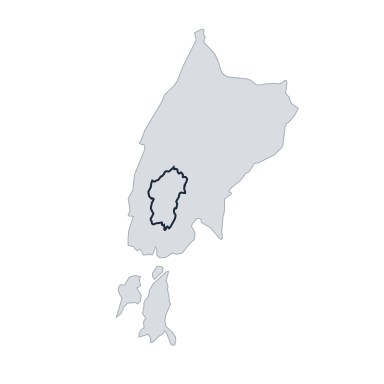 where Rapla sits in Estonia, rotated 292°
{"feature_id": "EST-2348", "entity_name": "Rapla", "entity_type": "County", "adm_level": 1, "iso_a3": "EST", "parent_name": "Estonia", "parent_adm1": "", "projection": "natural_earth1", "projection_center": [24.741, 58.948], "detail": "fine", "context": "in_parent", "style": "outline", "palette": "slate", "viewbox_px": 384, "rotation_deg": 292, "n_neighbors": 0, "source": "natural_earth", "source_scale": "10m", "svg_char_len": 4437}
<svg xmlns="http://www.w3.org/2000/svg" viewBox="0 0 384 384"><g transform="rotate(292 192 192)"><path d="M309.6,259.0L308.4,259.2L301.4,258.4L293.7,255.8L290.3,253.8L287.1,253.9L283.1,255.1L268.8,258.8L265.3,258.0L257.1,254.3L253.0,250.4L243.7,242.5L243.0,240.7L241.8,239.2L232.0,237.2L228.3,234.4L225.3,233.9L220.9,232.5L209.4,226.3L206.6,225.8L205.9,226.8L206.1,228.3L205.4,229.1L203.9,229.1L201.2,226.8L198.1,224.8L188.2,228.6L184.6,229.6L181.4,229.8L165.7,234.7L160.9,237.4L158.9,237.1L159.4,234.6L166.0,222.1L167.2,212.2L169.6,210.8L170.3,209.4L169.2,206.3L162.5,204.2L159.7,204.5L157.3,207.9L154.7,210.4L148.7,211.9L143.6,209.3L131.6,205.8L128.6,201.3L127.9,196.6L121.5,192.2L118.9,186.9L120.0,183.2L125.8,180.8L127.5,178.7L120.2,179.1L118.7,178.6L118.4,176.7L115.3,170.3L118.1,167.7L119.4,165.3L117.1,163.2L117.7,160.8L119.5,158.4L118.5,152.8L125.7,149.9L132.6,147.8L147.4,146.8L146.0,141.7L152.0,141.4L162.0,135.3L172.0,136.4L186.4,132.2L214.2,132.3L217.9,129.8L217.3,127.4L217.3,124.8L222.6,125.5L231.3,125.1L264.0,130.2L272.1,130.2L283.3,135.4L289.3,136.7L307.0,136.7L334.4,139.0L339.6,135.5L340.2,134.6L342.8,136.6L346.2,139.7L347.1,141.5L346.0,142.6L342.7,143.5L342.0,144.5L340.6,146.1L336.7,146.4L334.8,147.7L332.5,153.0L328.1,161.9L321.6,168.7L316.3,172.5L313.9,175.3L312.5,178.7L312.2,182.2L317.6,201.1L317.6,204.5L316.5,208.0L315.6,211.6L316.4,214.7L319.9,220.0L323.6,228.0L325.2,233.0L327.6,234.9L330.0,236.2L330.5,237.1L330.4,238.0L329.2,239.0L318.8,241.7L317.5,243.9L316.4,246.4L311.9,250.1L310.5,253.6L309.7,257.6L309.6,259.0ZM74.9,189.3L78.4,190.8L81.6,190.3L84.9,189.3L92.0,190.3L108.2,198.0L109.7,200.1L100.0,201.1L97.7,203.4L95.4,205.1L92.6,205.7L87.9,209.0L81.5,212.2L80.2,214.1L68.7,213.8L62.4,215.0L57.3,218.6L55.1,225.5L51.3,231.0L47.5,232.9L43.6,233.2L42.7,231.2L43.1,229.2L51.5,221.5L53.3,219.0L49.2,217.9L45.7,215.2L38.2,212.1L36.9,209.6L38.7,209.4L40.4,208.7L42.4,206.6L43.4,204.2L37.5,197.2L40.6,196.1L44.4,196.3L48.3,198.4L52.7,196.0L54.5,195.6L57.5,196.5L60.6,191.8L67.8,190.3L71.4,188.9L74.9,189.3ZM90.2,176.2L86.1,179.4L83.7,178.1L82.4,176.6L77.1,183.7L71.2,184.9L67.8,183.5L68.2,180.9L64.9,173.9L59.8,171.9L52.7,171.7L47.5,168.8L67.6,166.9L69.7,163.6L73.8,160.1L76.8,159.7L79.4,160.5L79.9,163.2L80.5,164.3L89.6,165.8L93.1,170.3L94.3,175.8L90.2,176.2ZM110.7,193.8L106.6,194.4L96.9,189.9L99.2,186.9L102.0,185.7L110.2,187.5L111.4,192.2L110.7,193.8Z" fill="#d9dde1" stroke="#a8b0b8" stroke-width="1"/><path d="M149.7,184.2L150.7,182.5L150.8,182.1L150.6,181.8L150.1,181.6L147.8,181.6L146.9,181.4L146.6,181.0L146.9,180.4L148.7,179.8L149.0,179.4L151.1,178.3L150.4,177.7L150.2,177.3L150.2,176.7L150.6,176.3L151.9,175.9L152.4,175.6L152.4,175.1L151.9,174.6L151.4,173.8L149.5,170.5L147.6,168.4L147.4,167.5L148.4,166.2L149.8,165.5L150.2,164.9L150.3,164.6L150.5,164.3L150.9,164.0L151.5,163.8L152.6,163.8L154.2,164.1L157.5,164.3L158.6,162.9L161.2,160.1L161.7,159.8L164.4,159.3L167.0,158.9L170.6,159.2L171.1,159.1L171.4,158.2L171.4,157.9L171.0,157.4L170.7,157.1L170.6,156.7L171.2,156.0L171.5,154.7L172.3,153.7L172.6,153.4L173.6,152.9L174.3,152.3L175.9,151.5L181.4,152.0L181.8,151.7L182.5,151.5L185.9,150.9L187.7,150.9L187.4,152.4L187.5,153.1L187.8,153.6L188.7,154.1L189.6,155.1L190.1,155.7L190.3,156.0L191.5,156.5L194.7,157.3L195.4,158.3L198.3,159.3L199.4,159.3L199.7,159.2L200.2,159.3L200.7,159.5L201.5,160.1L201.7,160.8L201.8,161.2L201.9,161.6L202.0,162.0L202.1,162.4L202.4,162.9L203.1,163.4L204.6,164.1L206.2,165.0L208.2,165.7L206.6,166.9L206.5,167.1L206.6,167.5L207.0,167.7L207.3,168.0L207.4,168.7L207.4,169.3L207.3,170.0L206.9,170.4L206.4,170.6L206.0,170.7L205.2,171.2L204.2,172.9L204.3,173.1L204.5,173.4L205.3,173.7L206.1,174.5L205.8,175.3L205.3,175.8L205.0,176.6L204.7,177.0L204.3,177.3L203.2,177.5L202.5,177.8L202.3,178.1L202.5,178.5L203.3,179.6L203.5,180.4L203.4,180.9L202.3,182.6L200.4,182.9L198.9,183.0L195.6,182.5L195.5,183.0L195.3,183.1L194.8,183.1L193.9,183.0L193.7,183.0L192.9,183.2L191.9,183.7L191.1,184.2L189.4,185.8L188.4,186.0L188.2,185.4L188.0,184.5L187.6,183.0L187.4,182.0L187.1,181.6L186.6,181.3L185.4,181.1L184.5,181.2L183.2,181.5L182.0,181.6L178.9,181.1L177.2,181.0L175.4,182.8L173.3,183.1L171.7,183.5L171.0,183.5L170.5,183.1L170.5,182.8L170.6,182.4L170.4,182.1L169.6,182.0L169.1,182.0L167.5,182.4L165.9,183.4L165.6,183.7L165.3,184.1L165.0,184.9L164.8,185.1L164.4,185.4L163.6,185.7L161.1,186.2L157.2,185.8L151.1,185.0L149.7,184.2Z" fill="none" stroke="#1e293b" stroke-width="2"/></g></svg>